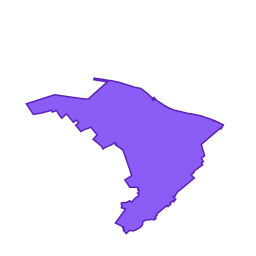 the district of Hunucmá, Yucatán, Mexico, rotated 48°
{"feature_id": "50627088B21160446054995", "entity_name": "Hunucmá", "entity_type": "district", "adm_level": 2, "iso_a3": "MEX", "parent_name": "Mexico", "parent_adm1": "Yucatán", "projection": "natural_earth1", "projection_center": [-89.972, 21.073], "detail": "fine", "context": "isolated", "style": "filled", "palette": "violet", "viewbox_px": 256, "rotation_deg": 48, "n_neighbors": 0, "source": "geoboundaries", "source_scale": "gbopen_adm2", "svg_char_len": 4810}
<svg xmlns="http://www.w3.org/2000/svg" viewBox="0 0 256 256"><g transform="rotate(48 128 128)"><path d="M206.9,193.9L207.0,193.9L207.8,193.1L208.1,192.6L208.9,190.6L209.7,187.4L210.0,185.5L210.0,185.4L210.1,184.4L209.7,182.2L209.0,181.2L207.4,179.6L208.3,177.0L208.5,175.9L209.5,174.8L210.1,174.1L210.9,172.9L211.9,171.4L213.2,170.6L213.8,169.4L214.0,167.8L212.4,167.7L212.4,165.0L211.2,164.8L211.2,163.7L211.4,155.0L211.7,152.5L211.9,150.9L213.2,150.9L213.2,147.0L211.7,146.8L212.3,143.4L213.4,143.5L213.4,143.3L213.4,142.7L213.2,142.1L213.0,141.0L212.7,140.0L209.4,140.7L210.1,138.6L209.9,138.6L208.5,133.6L208.4,133.4L208.7,132.7L208.7,132.8L209.6,112.2L205.3,112.5L204.9,108.3L204.2,108.3L204.7,103.0L204.8,102.7L205.3,97.1L203.1,96.7L203.4,94.5L199.5,93.7L199.8,89.6L197.8,88.6L189.2,84.6L189.5,72.8L189.9,59.3L190.9,59.4L190.4,58.0L189.6,55.1L188.1,55.6L187.2,56.1L186.3,56.4L185.9,56.6L185.2,56.7L184.7,56.9L184.2,57.1L183.3,57.5L182.8,57.7L182.2,58.0L181.3,58.4L180.6,58.7L179.9,59.0L180.0,59.1L180.3,59.1L180.5,59.1L180.7,59.3L180.7,59.5L180.2,59.4L179.7,59.4L179.2,59.5L178.8,59.7L178.5,59.9L178.3,60.0L178.2,60.1L177.9,60.2L177.7,60.3L177.2,60.5L176.7,60.7L176.5,60.8L176.4,60.8L176.2,61.0L175.8,61.2L175.7,61.2L175.4,61.4L174.7,61.8L174.2,62.1L173.4,62.5L172.8,62.9L172.1,63.4L171.5,63.7L170.6,64.1L170.1,64.4L169.6,64.6L168.3,65.4L166.7,66.4L166.6,66.5L166.3,66.7L166.1,66.9L165.4,67.4L164.3,68.2L163.3,68.9L162.9,69.2L162.5,69.6L162.1,69.8L161.7,70.1L161.3,70.4L160.6,70.9L159.8,71.6L159.6,71.8L159.2,72.1L158.7,72.5L158.4,72.6L158.4,72.8L158.0,73.0L157.6,73.5L157.0,74.0L156.1,74.6L154.9,75.3L154.4,75.6L154.0,75.9L153.5,76.3L152.4,77.0L151.6,77.5L150.9,78.0L150.0,78.6L148.8,79.5L146.5,81.2L145.8,81.6L145.5,81.8L145.0,82.0L144.1,82.5L143.4,82.8L142.6,83.2L142.2,83.4L141.7,83.6L140.8,84.0L140.5,84.1L140.2,84.2L139.9,84.4L139.0,84.7L138.5,84.9L137.7,85.2L136.2,85.7L135.7,85.9L135.3,86.0L134.6,86.2L133.8,86.4L132.8,86.6L132.0,86.8L131.6,87.0L130.5,87.2L129.3,87.5L129.0,87.6L128.9,87.6L128.6,87.8L128.3,87.9L127.9,88.0L126.9,88.2L126.3,88.2L125.2,88.3L123.9,88.3L122.9,88.1L122.9,88.5L123.0,88.9L123.1,89.2L123.1,89.3L123.1,89.5L123.2,89.9L123.2,90.1L123.3,90.1L123.7,90.0L123.8,90.0L124.1,90.0L124.2,89.9L124.3,89.9L124.4,90.1L124.1,90.2L124.1,90.8L123.9,90.3L123.9,90.2L123.7,90.2L123.6,90.3L123.8,90.9L123.6,90.9L123.5,90.3L123.2,90.3L123.3,90.8L123.1,90.8L123.1,90.7L123.0,90.4L123.0,90.2L122.9,89.9L122.9,89.6L122.7,89.5L122.8,89.0L122.7,88.7L122.7,89.0L122.6,89.5L121.5,89.9L120.9,90.1L120.5,90.1L120.0,90.2L119.6,90.2L118.8,90.3L117.8,90.3L115.6,90.5L114.8,90.5L114.4,90.6L114.2,90.7L113.9,90.7L113.4,90.9L112.8,91.0L112.3,91.1L111.7,91.2L111.0,91.3L110.8,91.4L110.6,91.4L110.4,91.4L110.2,91.5L109.9,91.5L109.5,91.6L109.1,91.7L108.9,91.7L107.5,92.1L106.4,92.5L106.1,92.7L105.8,93.0L105.6,93.2L105.4,93.4L105.1,93.6L104.9,93.7L104.7,93.9L104.6,94.0L104.1,94.3L103.7,94.6L103.5,94.8L103.4,94.9L103.3,95.1L102.7,95.6L101.8,96.1L100.6,96.8L99.0,97.6L97.8,98.3L96.6,99.1L91.6,102.0L89.7,103.1L88.3,104.0L87.2,104.7L86.0,105.6L85.5,106.0L85.3,106.2L84.8,106.5L84.4,106.8L83.9,107.1L83.4,107.5L82.9,107.9L81.6,108.7L80.9,109.5L80.3,110.0L78.8,111.3L77.3,112.5L76.4,113.2L75.8,113.6L74.7,114.5L74.0,115.0L72.5,116.3L71.6,117.0L70.5,118.1L69.6,118.8L68.4,119.6L69.2,121.1L79.9,112.5L79.9,138.4L73.6,144.1L54.2,160.3L42.0,187.4L54.5,189.2L59.1,182.1L63.7,173.0L65.5,173.6L67.3,169.4L70.8,170.2L76.3,170.8L76.5,164.2L79.3,164.4L87.3,164.8L87.6,161.0L91.0,161.1L90.8,165.0L99.1,165.4L100.1,161.1L100.5,160.3L102.7,155.1L112.4,155.5L112.5,156.5L113.1,161.5L114.3,161.3L114.6,161.2L121.9,160.1L124.2,159.9L124.9,160.2L126.9,160.6L127.0,159.4L127.2,158.2L128.1,154.7L128.3,154.4L129.4,151.8L129.9,147.6L131.9,147.5L131.8,148.6L132.9,148.4L137.8,147.2L140.9,146.5L148.3,149.5L152.3,151.2L155.8,152.7L157.0,153.2L158.4,153.8L159.4,154.2L159.8,154.4L165.0,156.7L165.8,157.0L165.5,159.2L165.5,159.3L164.5,165.1L165.0,165.2L165.9,165.3L166.9,165.4L167.9,165.5L168.9,165.7L169.2,165.7L169.9,165.8L170.9,166.0L173.1,166.3L174.0,165.4L174.0,165.5L176.3,162.9L177.8,161.4L179.1,160.4L179.3,160.6L179.4,160.8L179.6,161.0L179.8,161.3L180.1,161.7L180.5,162.2L181.2,161.3L181.6,161.5L181.9,161.8L182.1,162.0L182.4,162.4L182.9,163.2L182.7,164.4L184.0,164.4L184.0,164.5L185.6,165.5L185.5,166.4L185.2,167.4L185.1,168.4L184.9,169.4L185.0,170.3L185.1,171.1L185.2,172.0L185.3,172.9L185.4,173.9L185.5,174.7L185.5,174.8L183.0,175.6L182.9,176.5L182.6,177.7L182.4,178.7L182.1,179.4L181.0,180.6L179.9,181.8L179.5,182.6L179.3,183.2L179.3,183.3L182.0,185.0L182.3,185.5L182.5,185.6L182.5,185.8L182.8,186.3L183.3,186.1L184.0,185.6L186.6,184.0L190.2,200.9L198.8,197.5L198.8,198.8L200.3,198.8L200.3,198.5L200.9,198.5L200.9,199.9L205.3,199.9L205.1,195.6L206.9,193.9Z" fill="#8b5cf6" stroke="#5b21b6" stroke-width="1.5"/></g></svg>